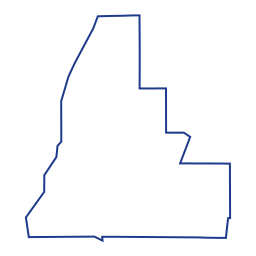 the district of Walker, Georgia, United States of America
{"feature_id": "52423323B41524528635108", "entity_name": "Walker", "entity_type": "district", "adm_level": 2, "iso_a3": "USA", "parent_name": "United States of America", "parent_adm1": "Georgia", "projection": "equal_earth", "projection_center": [-85.284, 34.784], "detail": "fine", "context": "isolated", "style": "outline", "palette": "blue", "viewbox_px": 256, "rotation_deg": 0, "n_neighbors": 0, "source": "geoboundaries", "source_scale": "gbopen_adm2", "svg_char_len": 590}
<svg xmlns="http://www.w3.org/2000/svg" viewBox="0 0 256 256"><path d="M190.2,136.9L183.9,132.7L166.1,132.7L166.0,88.4L139.6,88.5L139.7,62.3L139.7,47.6L139.5,15.4L134.9,15.4L134.2,15.4L127.1,15.6L124.1,15.7L122.4,15.7L121.3,15.8L113.2,15.9L97.8,16.3L93.3,28.3L74.8,63.0L68.4,76.8L61.2,101.1L61.3,141.6L57.5,145.9L56.4,157.0L44.3,175.2L44.2,191.9L25.9,217.4L28.8,237.1L94.4,236.6L102.5,240.6L102.2,236.8L115.1,236.8L198.7,237.4L205.9,237.7L222.2,237.9L225.9,237.9L228.1,218.2L230.1,218.1L229.9,163.6L213.4,163.5L180.1,163.4L190.2,136.9Z" fill="none" stroke="#1e3a8a" stroke-width="2"/></svg>